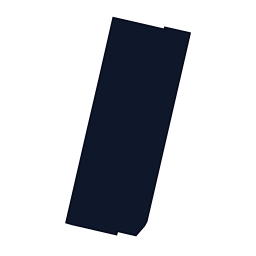 Swift, Minnesota, United States of America (Robinson projection), rotated 283°
{"feature_id": "52423323B6622975952869", "entity_name": "Swift", "entity_type": "district", "adm_level": 2, "iso_a3": "USA", "parent_name": "United States of America", "parent_adm1": "Minnesota", "projection": "robinson", "projection_center": [-95.787, 45.282], "detail": "fine", "context": "isolated", "style": "filled", "palette": "ink", "viewbox_px": 256, "rotation_deg": 283, "n_neighbors": 0, "source": "geoboundaries", "source_scale": "gbopen_adm2", "svg_char_len": 325}
<svg xmlns="http://www.w3.org/2000/svg" viewBox="0 0 256 256"><g transform="rotate(283 128 128)"><path d="M21.8,88.9L21.5,95.1L21.5,140.8L25.0,140.9L25.0,159.9L36.5,166.0L41.3,167.3L234.5,167.2L234.4,141.2L232.3,141.2L232.2,88.7L172.3,88.9L112.0,88.8L21.8,88.9Z" fill="#0f172a" stroke="#020617" stroke-width="1.5"/></g></svg>